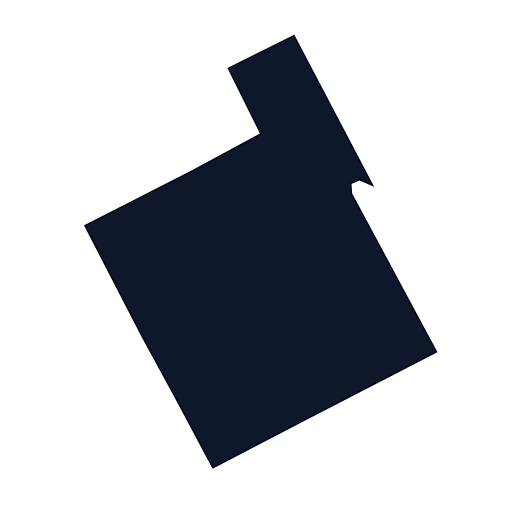 outline of Pickaway, Ohio, United States of America, rotated 239°
{"feature_id": "52423323B28425501128806", "entity_name": "Pickaway", "entity_type": "district", "adm_level": 2, "iso_a3": "USA", "parent_name": "United States of America", "parent_adm1": "Ohio", "projection": "albers", "projection_center": [-82.977, 39.64], "detail": "fine", "context": "isolated", "style": "filled", "palette": "ink", "viewbox_px": 512, "rotation_deg": 239, "n_neighbors": 0, "source": "geoboundaries", "source_scale": "gbopen_adm2", "svg_char_len": 348}
<svg xmlns="http://www.w3.org/2000/svg" viewBox="0 0 512 512"><g transform="rotate(239 256 256)"><path d="M370.1,125.0L247.0,117.1L177.1,114.1L96.7,110.0L90.7,209.3L80.9,361.3L260.3,369.9L269.4,374.6L268.1,384.0L256.6,392.3L425.3,402.0L431.1,329.0L358.2,323.1L361.8,244.1L370.1,125.0Z" fill="#0f172a" stroke="#020617" stroke-width="1.5"/></g></svg>